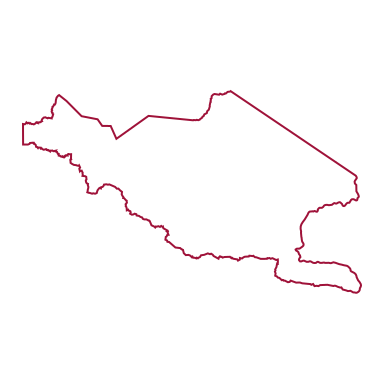 Ialibu/Pangia District, Southern Highlands, Papua New Guinea (Albers equal-area conic projection)
{"feature_id": "67681753B63732128792542", "entity_name": "Ialibu/Pangia District", "entity_type": "district", "adm_level": 2, "iso_a3": "PNG", "parent_name": "Papua New Guinea", "parent_adm1": "Southern Highlands", "projection": "albers", "projection_center": [144.242, -6.409], "detail": "fine", "context": "isolated", "style": "outline", "palette": "rose", "viewbox_px": 384, "rotation_deg": 0, "n_neighbors": 0, "source": "geoboundaries", "source_scale": "gbopen_adm2", "svg_char_len": 5960}
<svg xmlns="http://www.w3.org/2000/svg" viewBox="0 0 384 384"><path d="M355.8,175.7L230.7,91.2L230.5,91.5L227.6,91.9L225.8,93.5L224.9,93.4L224.6,93.9L222.2,94.6L220.1,93.7L219.1,94.7L214.5,94.0L213.3,94.5L211.7,96.1L211.5,98.3L210.7,98.9L210.9,99.9L210.5,101.2L210.8,101.9L210.3,102.5L209.7,105.4L209.8,106.4L208.8,109.7L207.2,111.2L206.8,113.1L204.3,114.4L203.7,116.0L202.5,116.7L202.2,117.6L199.9,119.3L199.7,119.7L198.2,120.2L196.8,119.8L195.9,120.2L193.7,120.0L193.2,120.3L148.5,115.9L116.4,138.8L110.7,126.0L102.2,125.9L97.6,119.3L81.6,116.2L66.5,101.0L59.1,95.1L58.0,95.8L56.6,97.6L55.9,100.0L55.7,102.4L55.4,103.7L54.7,104.7L54.1,104.5L53.1,106.6L52.5,106.8L52.3,108.2L51.7,109.3L52.2,110.2L51.6,111.2L51.9,112.4L52.5,112.7L52.4,113.6L53.2,114.2L52.4,116.9L51.7,117.6L51.7,118.4L48.4,117.8L47.7,118.3L47.2,118.0L46.5,117.9L45.4,117.3L43.7,117.6L42.2,119.1L41.6,120.5L42.0,121.2L41.4,121.4L40.6,122.2L39.6,122.2L39.2,122.5L37.2,122.3L37.5,123.0L36.2,122.6L34.8,123.9L33.8,124.4L32.9,124.0L31.7,124.1L30.1,123.0L29.7,123.6L28.2,122.8L27.4,123.3L26.4,122.4L25.9,123.4L24.8,124.3L23.0,124.0L23.1,144.5L28.0,144.5L29.5,143.9L30.0,143.0L32.8,142.7L33.6,143.5L34.0,143.0L34.9,144.2L35.7,144.9L36.1,146.8L37.1,147.0L38.0,148.1L38.4,147.5L40.8,147.7L40.9,148.6L41.7,148.4L41.9,148.8L43.5,149.7L45.0,149.5L45.7,149.2L46.4,149.2L46.8,150.0L47.6,150.0L47.9,150.3L48.3,150.1L48.6,150.5L49.9,151.3L49.9,150.6L51.8,150.7L52.2,150.5L53.5,151.2L55.7,150.7L55.3,151.3L56.0,151.5L56.2,151.8L57.0,151.9L57.8,153.8L58.7,153.9L58.7,155.6L60.1,155.8L60.5,156.4L62.7,157.0L62.7,156.4L63.1,156.6L64.1,157.4L64.9,156.7L64.2,156.4L65.6,155.3L67.4,155.5L67.2,155.0L67.8,154.7L68.1,154.1L68.7,154.0L69.5,154.3L71.1,154.2L71.0,158.5L70.5,159.5L70.9,159.6L70.4,160.2L70.6,162.9L72.2,164.0L73.9,164.9L76.3,165.2L77.2,165.6L78.8,165.8L79.1,165.4L80.1,167.5L79.3,168.7L79.9,171.2L80.3,170.7L81.1,171.0L81.7,170.7L82.7,172.8L82.5,173.6L82.8,174.8L82.5,175.9L85.1,176.2L86.2,176.8L86.5,179.4L85.8,180.3L86.0,181.9L86.7,183.3L88.0,183.9L87.8,185.1L88.4,187.0L88.1,188.7L87.8,189.6L87.6,191.3L87.3,192.3L89.1,192.9L89.7,192.9L92.1,193.7L93.1,193.3L95.1,193.7L96.7,193.1L97.5,190.4L99.1,188.3L100.0,187.8L100.9,188.4L101.2,187.2L102.6,186.9L103.7,185.6L104.0,184.6L106.3,184.3L108.0,184.7L109.3,184.4L115.1,186.9L116.9,188.7L118.4,188.6L120.0,190.3L122.0,191.9L121.7,194.3L122.4,195.8L123.3,196.9L123.2,198.0L123.9,198.0L125.9,200.2L126.7,200.7L126.7,201.8L126.9,202.7L125.6,204.2L125.9,204.8L125.7,206.2L126.2,206.7L126.7,208.3L126.8,210.3L128.2,209.7L128.6,210.6L130.3,211.2L130.7,212.3L130.1,213.7L131.9,214.7L133.5,214.4L134.6,213.7L136.3,214.2L136.6,215.5L139.0,215.9L140.4,216.9L142.2,217.5L142.8,218.8L144.2,219.4L146.5,219.4L148.6,220.6L148.9,220.4L149.7,221.0L151.5,225.3L154.3,226.6L155.2,227.5L155.9,226.5L156.5,226.7L158.4,226.2L160.0,226.9L161.2,225.9L162.7,227.1L163.0,226.8L163.4,228.3L167.4,230.5L166.8,231.3L167.9,231.7L167.6,232.6L168.5,234.8L167.3,234.9L166.6,236.4L165.8,236.9L165.4,239.7L167.1,240.5L167.4,241.8L169.1,242.0L175.4,247.5L180.3,248.1L180.9,248.8L181.8,249.2L182.2,249.7L183.0,249.9L183.8,253.2L185.8,255.1L188.6,254.9L190.4,255.7L191.8,257.2L192.5,256.6L193.1,257.7L194.9,257.8L196.3,258.4L196.8,257.7L197.9,258.3L198.5,257.7L199.9,257.1L201.0,255.3L204.3,254.8L207.8,253.4L210.0,254.2L211.1,253.7L212.7,254.7L213.6,256.0L218.5,258.7L218.9,257.4L220.0,256.3L221.0,257.0L221.7,256.8L222.6,257.6L224.5,257.0L230.0,256.8L230.6,257.6L231.2,257.5L231.7,258.2L232.3,257.9L233.1,258.7L237.3,259.4L238.0,260.6L239.8,259.6L239.9,258.0L242.0,258.5L243.5,257.3L244.9,256.7L248.8,256.5L249.3,255.7L252.8,256.1L253.3,255.8L255.0,257.2L256.3,257.3L260.8,258.9L267.0,258.8L267.4,258.1L268.2,258.3L269.4,258.0L270.8,258.8L271.3,258.5L272.5,258.2L276.2,260.0L277.8,259.5L277.9,261.3L277.8,263.0L277.2,263.3L277.7,264.1L276.9,264.6L276.4,267.2L275.2,269.4L275.5,270.4L274.9,271.6L275.6,273.3L275.2,275.7L277.0,276.5L277.9,277.6L279.4,277.9L281.8,280.2L282.4,279.9L283.2,280.0L283.6,280.6L284.8,280.6L287.9,282.2L289.7,281.9L290.6,280.6L296.1,282.6L299.9,282.5L302.2,283.3L310.5,284.1L311.3,284.8L313.1,284.0L314.5,286.1L316.6,285.8L318.5,286.1L320.2,285.1L327.4,284.8L333.4,286.0L334.4,285.7L335.6,285.8L338.0,286.9L340.3,287.6L341.4,287.4L342.7,289.5L346.1,290.4L348.0,291.1L350.5,290.8L353.2,292.4L354.3,292.4L356.1,292.8L357.1,292.6L358.4,291.8L359.1,291.1L359.7,290.0L359.9,288.2L360.7,286.7L361.0,285.5L360.8,284.2L359.6,282.1L358.1,280.3L356.6,277.1L356.5,276.2L355.8,274.4L354.4,273.0L351.1,271.3L350.6,270.6L350.4,269.2L350.0,268.4L348.1,266.5L346.9,265.8L343.7,265.2L341.9,264.7L339.1,264.1L335.5,262.8L333.4,262.3L331.1,263.1L330.1,263.1L328.9,262.8L325.1,262.9L324.3,262.6L323.2,262.6L321.9,262.9L320.2,262.9L318.2,261.9L317.3,261.9L315.9,262.9L314.1,263.0L312.9,262.7L310.7,261.4L309.7,261.3L308.3,261.8L306.6,261.8L303.9,260.6L302.7,260.8L301.3,261.4L300.1,261.4L299.1,260.3L299.0,259.3L299.4,258.4L300.4,257.1L300.0,255.4L299.0,254.1L298.4,252.2L297.4,251.2L296.2,250.6L295.7,249.9L295.6,249.5L296.8,248.7L299.6,248.6L302.4,246.6L303.3,245.7L303.6,244.8L303.4,243.5L302.4,242.0L302.0,241.0L301.7,238.9L301.6,237.6L301.4,237.1L301.0,232.8L301.1,231.5L300.6,228.8L300.7,226.5L301.4,224.3L302.8,222.0L304.7,219.5L307.5,214.9L308.5,212.7L309.0,212.1L309.7,211.6L312.8,211.3L313.2,211.5L314.6,211.0L316.4,211.7L317.2,211.6L317.8,210.7L317.8,209.7L318.1,209.1L319.0,208.1L319.5,207.8L321.9,207.8L323.2,206.9L324.0,205.7L324.7,205.2L325.9,204.9L327.4,204.9L328.9,205.2L331.9,204.8L333.7,203.4L334.4,203.1L335.6,203.5L336.6,203.5L338.4,202.5L339.7,202.2L340.3,202.4L342.1,204.1L342.6,205.4L343.3,206.0L344.0,206.1L345.1,205.5L346.0,204.2L346.8,203.3L347.6,202.8L349.4,202.7L351.1,199.9L351.9,199.3L353.2,199.2L354.0,199.4L355.9,200.4L356.6,200.4L357.0,200.2L357.3,199.7L357.5,198.2L358.7,196.9L358.8,196.2L358.1,194.2L356.4,191.3L356.3,185.0L354.9,183.5L354.6,181.7L355.0,180.7L356.7,178.3L356.7,177.3L355.8,175.7Z" fill="none" stroke="#9f1239" stroke-width="2"/></svg>